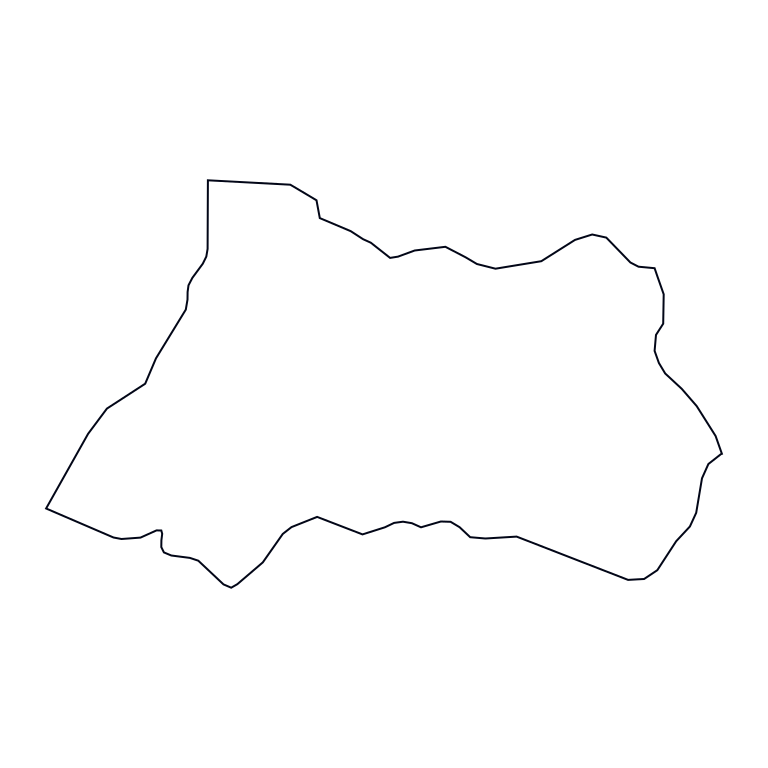 the border of Ajaria
{"feature_id": "GEO-3027", "entity_name": "Ajaria", "entity_type": "Autonomous Republic", "adm_level": 1, "iso_a3": "GEO", "parent_name": "Georgia", "parent_adm1": "", "projection": "orthographic", "projection_center": [42.09, 41.662], "detail": "fine", "context": "isolated", "style": "outline", "palette": "ink", "viewbox_px": 768, "rotation_deg": 0, "n_neighbors": 0, "source": "natural_earth", "source_scale": "10m", "svg_char_len": 1205}
<svg xmlns="http://www.w3.org/2000/svg" viewBox="0 0 768 768"><path d="M636.5,579.4L628.1,579.9L516.6,536.6L485.4,538.5L470.2,537.2L459.6,527.2L450.6,521.8L440.9,521.5L421.0,527.3L411.9,523.2L403.0,521.7L394.1,522.9L384.9,527.3L362.5,534.4L317.1,516.9L291.5,527.1L282.8,533.9L262.8,562.4L237.3,584.2L231.2,587.7L223.5,584.4L198.3,560.7L189.9,557.9L171.3,555.5L163.9,552.4L161.3,547.1L161.4,540.2L162.2,533.8L161.3,530.5L156.5,530.4L140.5,537.6L121.5,539.0L113.5,537.5L46.1,508.5L88.1,433.8L106.9,408.6L145.2,383.7L156.0,358.3L185.8,309.6L187.5,299.6L187.6,292.0L188.5,285.3L192.4,277.8L202.8,263.7L206.3,256.6L207.6,248.9L207.9,180.3L290.3,184.7L307.0,194.6L316.5,200.3L319.8,218.1L350.8,231.2L363.1,239.2L370.8,242.7L390.1,257.9L398.2,256.6L398.9,256.3L414.7,250.5L445.4,246.8L465.6,257.3L476.9,264.0L495.5,268.7L507.0,266.8L541.3,261.2L575.0,239.9L592.2,234.5L606.3,237.6L630.4,262.5L638.5,266.7L654.6,268.2L657.4,276.4L663.7,294.3L663.2,323.7L656.0,334.9L654.6,350.9L658.9,363.0L665.2,373.5L681.8,388.9L696.7,406.1L715.6,436.0L721.9,453.8L721.0,454.1L708.4,464.0L702.0,478.3L696.2,512.8L689.9,526.5L676.2,541.2L657.3,570.2L644.1,579.0L636.5,579.4Z" fill="none" stroke="#020617" stroke-width="2"/></svg>